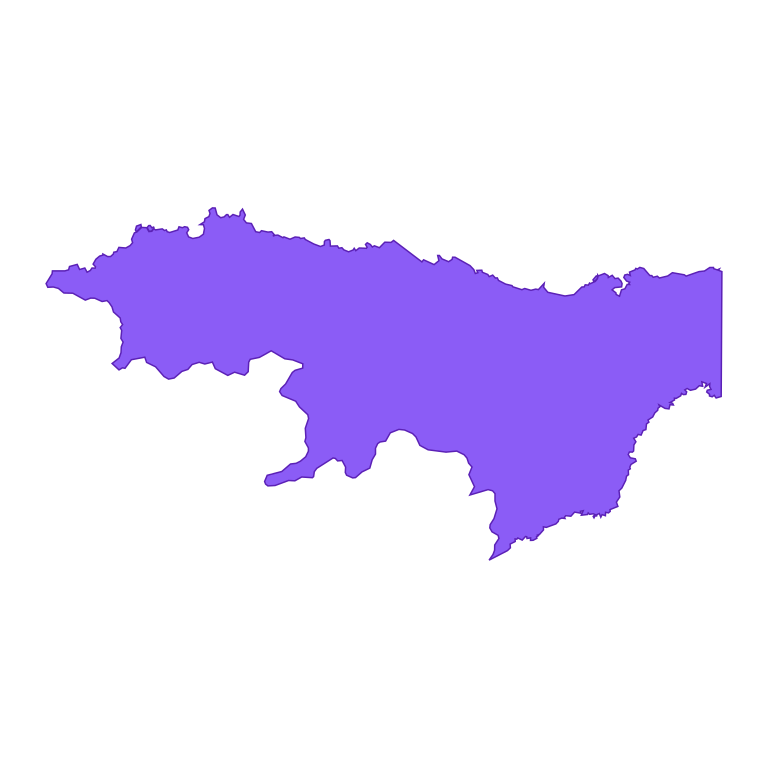 Santa Isabel, Colón, Panama (Albers equal-area conic projection)
{"feature_id": "35544464B42608984184173", "entity_name": "Santa Isabel", "entity_type": "district", "adm_level": 2, "iso_a3": "PAN", "parent_name": "Panama", "parent_adm1": "Colón", "projection": "albers", "projection_center": [-79.323, 9.476], "detail": "fine", "context": "isolated", "style": "filled", "palette": "violet", "viewbox_px": 768, "rotation_deg": 0, "n_neighbors": 0, "source": "geoboundaries", "source_scale": "gbopen_adm2", "svg_char_len": 6098}
<svg xmlns="http://www.w3.org/2000/svg" viewBox="0 0 768 768"><path d="M721.2,396.5L721.9,271.6L718.5,270.3L719.3,269.0L717.3,269.9L713.8,268.7L713.5,267.5L709.8,267.5L704.5,271.0L699.0,271.6L686.1,276.1L684.3,274.8L672.4,272.7L667.7,276.0L659.4,278.0L657.3,276.2L653.2,277.3L651.8,275.6L649.8,275.5L643.8,268.5L639.8,267.4L637.4,269.0L635.8,268.4L635.0,269.9L629.5,272.1L630.3,275.5L627.5,274.3L624.8,275.0L623.8,277.5L626.6,281.1L629.7,282.2L628.9,283.2L629.6,284.5L627.2,284.4L624.9,288.8L621.5,289.8L619.5,296.2L616.2,294.5L615.9,292.8L612.1,289.9L614.7,287.6L621.6,286.9L622.1,283.6L621.0,281.1L618.1,278.1L615.0,278.6L612.2,275.3L608.3,277.5L608.1,275.6L604.5,273.5L598.3,275.9L597.8,275.2L597.9,277.0L597.4,278.8L595.3,281.4L590.2,283.7L589.5,283.1L588.4,285.1L585.2,284.8L584.2,286.9L581.8,287.0L574.1,294.6L565.0,296.0L547.8,292.3L543.6,287.2L544.2,283.3L538.4,289.6L535.7,289.1L531.0,290.3L524.7,288.5L521.9,289.7L512.8,286.8L512.0,285.6L505.6,284.1L498.5,280.4L497.3,277.9L495.3,278.0L492.7,275.1L489.2,276.6L487.8,274.5L482.4,272.3L481.8,270.2L476.8,270.4L477.9,272.7L475.3,273.5L473.8,269.6L470.0,265.6L455.0,257.2L452.6,257.2L452.1,259.4L448.6,261.7L442.0,258.9L439.4,255.5L437.7,255.5L438.9,260.7L434.1,264.6L423.6,259.8L421.9,261.9L393.6,240.4L391.1,242.4L384.8,242.2L379.4,247.7L374.4,245.8L372.3,247.0L370.4,244.5L367.2,242.8L365.5,244.4L367.1,247.3L366.4,248.3L359.2,248.0L355.8,250.7L354.2,248.3L353.1,250.0L348.6,251.8L343.9,249.9L341.9,247.7L338.9,248.2L337.4,245.9L330.4,246.1L330.0,240.7L329.0,239.5L325.4,240.3L324.4,241.6L324.3,245.0L320.5,246.5L313.8,244.0L305.3,239.5L304.3,237.9L300.5,238.5L299.3,237.4L295.1,237.0L290.0,239.2L283.9,236.9L283.0,237.7L277.9,235.1L273.9,235.4L273.6,236.5L273.4,235.5L274.2,234.6L271.7,231.7L268.0,232.1L261.5,230.7L259.6,232.5L255.7,231.7L251.4,223.5L246.4,222.9L243.6,219.4L245.3,215.0L242.5,209.1L240.2,212.0L240.0,215.2L238.9,216.5L233.0,214.5L229.5,217.3L227.8,214.6L226.5,214.6L224.1,216.9L220.7,217.7L217.0,214.8L215.2,208.0L212.4,207.9L209.0,210.4L210.0,213.5L208.9,216.6L205.0,218.6L204.4,221.8L200.0,224.6L203.4,224.7L204.5,228.5L203.4,234.2L199.2,237.2L192.8,238.5L188.6,236.9L186.7,232.8L188.7,229.7L187.5,227.3L184.6,226.7L182.5,227.7L179.0,226.8L177.8,230.0L169.7,232.5L167.2,231.7L166.3,229.9L164.5,230.5L162.3,228.9L155.5,229.9L153.7,228.9L151.8,231.3L148.9,231.6L146.7,227.7L141.7,227.4L136.8,232.0L134.4,232.9L131.6,239.2L132.6,242.7L130.1,245.6L125.8,248.0L118.9,247.4L116.9,251.6L113.8,252.2L113.3,254.1L110.6,256.5L107.7,256.6L102.9,254.0L102.9,255.1L99.6,256.1L95.9,259.2L93.1,264.1L95.5,266.8L95.1,268.2L92.0,268.0L90.3,270.5L87.1,272.2L84.8,268.0L79.6,269.5L77.2,264.4L69.5,266.5L68.6,269.8L64.9,270.9L52.4,270.9L52.1,273.8L46.1,283.6L47.8,287.3L53.3,287.0L58.4,288.4L63.9,293.0L72.8,293.2L85.3,300.1L90.6,298.1L94.7,298.2L102.1,301.5L107.0,300.6L109.1,302.6L112.0,306.9L113.5,312.0L120.2,318.0L120.8,321.8L122.6,324.5L120.2,327.6L121.7,330.4L120.9,338.4L123.1,342.1L121.3,346.8L121.0,352.7L119.1,358.0L112.1,363.5L119.0,369.9L122.5,367.8L125.0,368.3L131.4,359.7L144.8,357.2L146.6,362.4L155.6,366.8L164.0,376.5L168.6,379.1L174.2,378.0L181.9,371.4L187.9,369.4L192.1,364.5L199.2,362.3L204.8,364.0L212.4,362.1L215.3,368.7L227.8,375.4L234.6,372.2L244.6,375.2L248.2,371.7L248.7,362.2L250.2,359.3L259.4,357.4L271.2,350.8L284.8,358.8L292.7,359.9L302.8,363.8L302.7,368.1L295.1,370.3L292.3,372.5L285.6,384.0L280.9,388.6L279.6,391.6L282.1,395.5L295.7,401.2L299.5,407.0L307.8,414.7L308.6,418.5L305.3,428.3L305.9,437.6L304.9,441.5L308.4,447.9L308.4,451.2L305.7,456.8L300.4,461.2L296.2,463.3L290.5,464.0L281.8,471.5L267.2,475.3L264.6,481.5L265.6,484.1L267.9,485.9L275.1,485.5L288.6,480.5L294.9,480.8L301.7,477.0L312.4,477.7L313.6,476.6L314.3,471.7L316.8,468.3L333.0,458.0L335.3,458.4L337.6,460.9L342.1,460.5L345.6,467.1L345.3,472.5L346.6,475.2L352.7,477.9L355.5,477.6L362.0,471.9L369.8,468.1L372.2,459.7L375.5,454.1L375.5,448.2L377.7,443.6L380.0,442.0L385.6,441.1L390.3,432.8L398.9,429.4L404.6,430.0L412.5,433.5L416.0,437.0L419.9,445.4L428.1,449.8L446.0,452.1L456.8,451.1L464.1,454.7L467.0,458.1L468.6,463.1L472.0,467.0L468.9,474.7L474.5,486.7L469.9,495.0L488.1,489.6L492.6,490.8L495.0,493.6L495.0,501.0L497.0,508.8L494.0,518.6L490.2,524.6L489.8,527.9L492.0,531.8L498.1,535.3L498.9,538.5L494.7,545.0L494.6,550.2L493.0,554.5L489.1,560.1L507.5,550.6L510.4,547.8L510.1,544.1L515.2,541.5L515.1,538.9L516.8,539.2L517.8,538.0L522.2,540.1L525.5,536.5L526.7,536.7L527.0,538.5L530.6,537.9L530.5,540.4L533.1,540.3L536.9,538.3L536.5,536.8L538.3,535.7L537.5,535.1L539.7,534.2L543.5,529.9L543.4,526.8L546.3,527.4L555.9,523.9L558.3,521.4L558.8,519.3L561.8,518.1L565.0,518.5L564.4,517.3L565.7,515.7L570.9,516.2L574.6,512.1L580.9,513.2L580.4,511.3L583.2,510.7L581.3,515.2L587.5,514.5L588.2,512.9L589.6,514.3L593.2,513.8L595.1,514.6L593.2,516.4L594.0,517.8L594.9,516.0L596.7,515.9L596.9,514.6L599.3,513.5L600.8,517.2L602.1,514.6L605.4,515.7L605.6,512.3L608.4,512.9L610.2,511.4L610.0,509.6L617.9,506.4L616.4,502.1L619.8,497.0L619.0,490.8L621.8,488.1L625.7,480.4L626.5,476.2L628.5,474.7L628.3,470.1L630.3,468.8L629.8,467.2L630.9,464.5L636.2,461.2L635.3,458.8L630.3,457.8L628.2,454.6L629.4,452.0L632.4,452.1L633.6,451.0L633.9,444.9L635.9,441.8L633.7,438.2L636.5,437.0L638.1,434.4L641.1,435.1L643.1,430.5L645.9,429.6L646.5,423.9L648.9,422.2L648.0,420.0L652.7,417.0L654.8,412.9L657.7,410.3L658.0,408.2L659.8,406.8L659.0,404.9L665.0,408.4L669.0,408.9L670.0,404.7L673.4,405.0L672.6,403.3L670.0,402.5L674.5,400.0L674.4,398.2L676.2,398.4L680.7,395.8L681.5,393.4L683.4,394.6L685.9,394.4L686.7,391.8L684.8,389.9L687.1,388.5L690.4,390.3L695.6,389.1L699.3,385.7L702.7,386.3L701.8,381.8L706.5,383.5L705.1,387.1L709.8,383.7L709.6,386.5L711.0,389.4L707.3,390.2L706.7,392.0L709.5,394.3L709.5,396.0L712.2,396.8L714.2,395.3L716.1,398.0L721.2,396.5ZM140.9,224.5L136.5,226.1L135.4,230.0L136.4,231.8L141.3,226.9L140.9,224.5ZM150.2,225.5L148.7,225.6L147.1,227.6L149.3,231.4L151.6,230.9L154.0,228.0L153.6,227.1L151.8,227.7L150.2,225.5ZM596.7,279.5L597.8,276.8L596.3,275.9L593.0,279.8L593.8,281.5L596.7,279.5Z" fill="#8b5cf6" stroke="#5b21b6" stroke-width="1.5"/></svg>